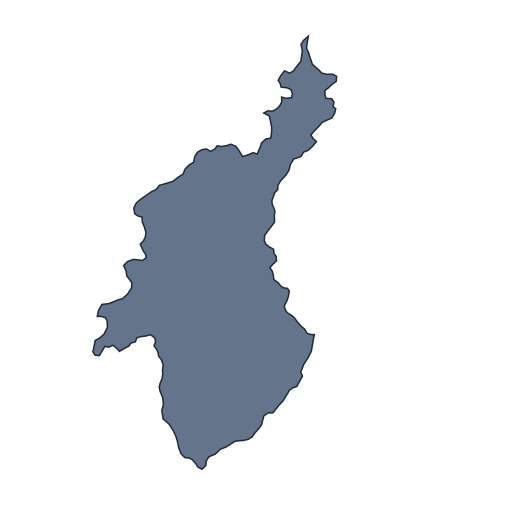 outline of Ibitirama, Espírito Santo, Brazil, rotated 224°
{"feature_id": "56859067B18321195948026", "entity_name": "Ibitirama", "entity_type": "district", "adm_level": 2, "iso_a3": "BRA", "parent_name": "Brazil", "parent_adm1": "Espírito Santo", "projection": "robinson", "projection_center": [-41.679, -20.517], "detail": "fine", "context": "isolated", "style": "filled", "palette": "slate", "viewbox_px": 512, "rotation_deg": 224, "n_neighbors": 0, "source": "geoboundaries", "source_scale": "gbopen_adm2", "svg_char_len": 3333}
<svg xmlns="http://www.w3.org/2000/svg" viewBox="0 0 512 512"><g transform="rotate(224 256 256)"><path d="M139.1,201.9L143.3,203.7L146.4,211.4L147.8,218.4L149.9,225.7L153.7,231.4L156.8,235.8L159.4,240.0L162.1,237.6L165.4,235.8L170.3,237.2L174.9,236.8L180.0,237.3L184.8,238.1L189.0,238.1L192.7,237.1L196.1,237.1L200.9,239.5L202.7,245.3L204.7,249.5L207.6,253.9L210.9,254.6L213.7,252.4L217.1,251.6L221.8,252.2L226.8,251.4L230.1,254.2L234.1,256.5L237.9,257.3L238.1,261.9L237.9,266.7L241.2,269.8L244.7,270.2L248.1,273.1L253.1,271.6L257.3,271.4L260.8,272.9L264.1,276.9L265.0,282.6L265.5,288.1L266.2,293.3L270.8,297.8L273.7,301.5L277.1,303.2L280.5,304.6L283.1,307.0L284.7,310.6L286.5,314.3L286.5,318.9L289.2,321.7L290.5,327.2L290.7,335.0L292.0,340.9L294.9,345.8L296.2,351.9L292.7,358.8L293.9,363.9L291.9,368.1L291.5,374.3L292.0,380.3L296.5,380.1L300.7,381.2L300.9,386.0L300.9,392.3L301.1,398.5L298.8,404.4L297.3,407.9L298.6,413.3L300.8,417.2L304.6,417.2L306.7,420.8L310.8,421.8L315.0,418.0L318.3,419.8L321.5,423.0L320.6,427.4L320.6,431.3L319.6,437.4L322.8,441.3L327.2,440.0L331.2,436.0L335.8,433.2L339.8,433.5L343.8,433.2L348.7,433.1L354.8,436.2L359.9,439.0L363.9,440.5L367.2,444.8L371.1,450.5L371.6,444.4L370.6,439.4L365.6,436.2L362.1,431.6L359.0,427.2L358.3,419.8L357.6,414.8L358.8,410.9L364.1,409.0L363.5,402.9L362.1,397.8L358.3,396.8L355.2,394.9L350.6,398.5L346.6,400.0L342.8,398.2L340.4,394.7L343.8,390.4L348.0,388.1L344.4,384.6L343.1,379.5L343.5,375.5L344.7,371.7L348.4,368.5L349.7,364.2L343.7,366.0L338.2,362.3L334.4,359.7L330.9,356.0L327.2,350.9L330.2,347.3L330.5,341.2L328.3,336.5L326.0,330.2L329.9,328.3L331.9,323.5L334.7,318.2L340.9,319.9L346.6,320.9L351.7,319.0L353.9,314.8L357.1,310.6L360.5,308.3L359.9,303.9L361.5,299.6L366.0,298.6L368.7,295.0L370.2,290.0L369.1,284.9L366.0,280.1L367.4,274.8L367.4,269.3L365.4,264.1L366.5,259.7L367.7,251.9L370.9,246.1L374.6,239.6L374.0,234.3L375.8,229.9L377.1,223.2L378.4,216.8L378.9,210.7L377.1,205.5L372.5,202.1L368.7,202.8L365.0,204.8L361.2,201.3L356.6,199.4L351.4,196.4L348.5,192.2L347.5,188.4L347.5,184.1L343.8,182.6L340.2,181.2L336.9,180.6L333.8,178.7L334.5,173.9L337.6,171.7L341.8,168.4L344.6,162.7L344.6,157.2L339.1,155.1L335.2,151.9L331.1,151.3L326.7,150.5L323.4,146.7L321.9,139.3L322.5,132.3L324.7,128.7L326.7,124.1L328.9,119.3L333.2,114.2L331.6,107.7L328.2,102.3L324.8,105.4L321.4,107.0L318.1,106.0L313.3,101.4L311.0,94.0L311.5,88.5L313.0,83.5L310.6,79.8L306.8,73.8L302.8,72.9L299.5,75.4L300.8,81.3L302.0,86.0L298.6,88.1L296.9,92.5L291.6,92.9L288.0,92.5L286.5,98.0L284.9,102.7L285.5,106.4L283.1,110.5L284.9,114.2L283.0,117.8L279.7,121.8L277.2,126.1L272.0,126.8L268.5,124.3L267.0,120.6L263.0,119.9L259.6,118.6L256.5,116.3L252.0,115.6L247.2,113.3L244.0,109.0L241.2,106.4L238.4,102.6L236.8,98.4L234.6,94.5L230.8,91.9L224.8,89.4L219.4,84.8L216.4,79.4L213.1,76.9L209.7,74.3L204.7,74.6L201.2,74.6L197.9,73.8L193.7,72.7L188.2,70.6L182.7,67.4L178.3,64.3L172.7,61.7L167.2,61.5L163.9,64.1L160.5,65.3L154.6,64.7L151.1,63.8L146.7,65.1L146.5,70.4L149.4,74.0L150.4,79.0L147.7,85.1L147.4,92.2L144.9,97.7L143.5,103.2L142.5,107.9L140.0,111.2L137.2,114.2L134.4,118.4L133.1,123.0L133.9,127.9L134.1,134.0L134.9,138.6L139.3,146.4L138.3,151.5L134.9,154.9L135.8,164.4L135.9,170.7L138.7,182.9L138.0,186.7L136.0,190.4L137.6,196.2L139.1,201.9Z" fill="#64748b" stroke="#1e293b" stroke-width="1.5"/></g></svg>